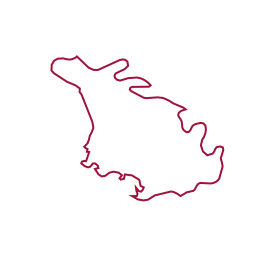 the border of Siracusa, rotated 137°
{"feature_id": "ITA-5414", "entity_name": "Siracusa", "entity_type": "Province", "adm_level": 1, "iso_a3": "ITA", "parent_name": "Italy", "parent_adm1": "", "projection": "mercator", "projection_center": [15.03, 37.033], "detail": "fine", "context": "isolated", "style": "outline", "palette": "rose", "viewbox_px": 256, "rotation_deg": 137, "n_neighbors": 0, "source": "natural_earth", "source_scale": "10m", "svg_char_len": 1874}
<svg xmlns="http://www.w3.org/2000/svg" viewBox="0 0 256 256"><g transform="rotate(137 128 128)"><path d="M136.0,42.4L136.8,46.4L138.3,50.1L139.8,52.2L154.3,60.4L162.2,61.9L166.2,64.6L169.5,69.1L171.4,75.4L168.0,72.2L166.0,73.3L164.6,76.4L162.8,79.0L163.1,74.5L161.9,72.6L159.7,72.6L157.0,73.8L158.3,77.1L155.1,82.4L157.4,90.6L162.0,96.2L165.5,93.6L168.5,95.2L168.5,97.0L164.7,97.6L165.2,101.5L168.3,105.9L172.1,108.0L177.2,108.5L180.2,110.4L181.2,114.2L180.1,120.6L177.0,118.9L175.8,121.0L176.1,124.3L177.8,126.0L182.1,125.5L184.0,126.4L185.7,129.7L186.3,134.0L184.7,134.8L182.5,133.8L181.4,132.4L180.3,132.8L172.8,136.9L174.3,138.7L172.4,139.8L171.9,140.4L172.8,142.2L172.8,144.1L167.9,144.4L164.2,146.3L161.0,148.5L157.7,149.5L153.2,151.7L149.8,157.0L139.1,184.3L138.9,187.3L136.3,189.7L137.3,195.0L141.1,203.4L144.9,219.0L144.7,222.3L140.6,226.3L136.2,227.6L132.0,226.5L128.1,223.3L125.1,219.0L123.5,217.4L120.9,216.0L118.0,215.1L116.6,215.2L115.6,198.6L113.5,193.9L110.3,190.9L87.6,183.3L85.3,181.9L83.6,179.9L83.1,177.1L85.5,173.4L90.2,173.3L99.3,176.2L101.2,176.0L102.6,175.0L103.3,173.2L103.1,170.7L101.5,168.1L93.8,164.3L87.0,158.8L84.8,155.6L83.3,151.9L82.4,147.9L82.3,143.8L84.6,144.0L96.9,155.2L98.8,155.8L100.4,155.0L100.6,153.1L95.9,139.5L94.1,137.2L85.5,130.3L81.9,126.1L79.4,120.3L78.0,114.9L73.6,105.1L73.2,102.3L77.0,104.1L79.0,104.5L80.9,104.3L82.6,103.1L83.3,101.0L83.6,98.5L84.3,96.2L88.1,91.0L88.7,88.6L88.1,85.1L86.2,83.7L83.8,83.9L79.9,85.4L78.6,85.5L76.0,84.9L71.4,82.2L69.7,79.9L69.7,77.1L71.9,73.9L75.0,71.4L78.4,69.7L81.7,68.8L86.5,65.6L89.2,59.7L88.6,54.0L83.6,51.5L80.7,52.1L78.4,53.2L76.1,53.5L73.3,51.8L71.9,49.1L73.3,46.9L80.8,42.6L83.4,37.7L85.2,35.2L95.7,28.8L98.1,28.4L100.5,28.7L103.2,29.6L105.2,30.9L112.6,38.5L114.6,39.2L116.8,39.0L121.4,37.4L123.1,37.5L128.9,40.9L136.0,42.4Z" fill="none" stroke="#9f1239" stroke-width="2"/></g></svg>